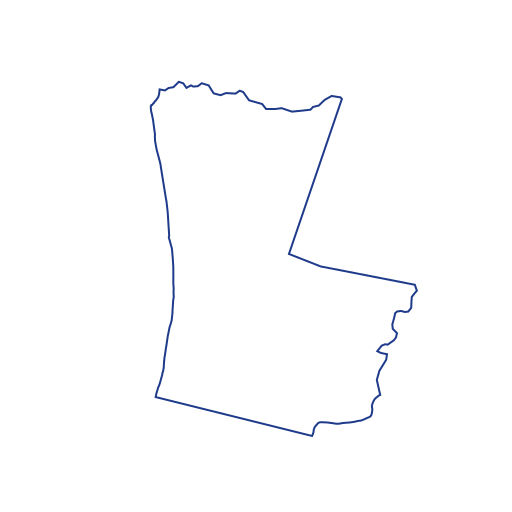 Libertad, San José, Uruguay (Robinson projection), rotated 71°
{"feature_id": "84410073B36458141806664", "entity_name": "Libertad", "entity_type": "district", "adm_level": 2, "iso_a3": "URY", "parent_name": "Uruguay", "parent_adm1": "San José", "projection": "robinson", "projection_center": [-56.645, -34.648], "detail": "fine", "context": "isolated", "style": "outline", "palette": "blue", "viewbox_px": 512, "rotation_deg": 71, "n_neighbors": 0, "source": "geoboundaries", "source_scale": "gbopen_adm2", "svg_char_len": 2781}
<svg xmlns="http://www.w3.org/2000/svg" viewBox="0 0 512 512"><g transform="rotate(71 256 256)"><path d="M427.8,183.8L412.5,182.1L404.7,176.7L396.5,166.7L391.5,164.1L388.4,169.4L385.5,172.3L381.7,166.4L381.5,162.6L382.7,160.3L381.5,156.4L380.6,153.1L378.5,150.1L374.8,147.8L369.4,150.4L365.1,149.4L360.2,146.0L355.3,142.9L354.4,140.6L355.2,136.7L357.4,133.5L358.1,130.1L355.5,126.1L349.3,123.7L345.4,122.0L343.0,118.3L341.2,115.2L334.9,115.2L286.9,198.3L264.8,224.2L135.5,123.7L133.5,124.5L129.3,132.4L130.8,140.4L134.2,147.7L133.6,153.5L135.4,156.9L133.5,165.4L131.2,175.0L124.6,183.6L123.3,189.8L120.3,198.6L114.3,200.7L106.5,211.9L96.8,214.7L94.4,217.6L95.8,222.4L92.2,231.3L92.4,237.2L88.4,243.1L79.3,245.2L75.0,251.1L76.5,255.7L75.4,260.1L73.5,262.0L74.4,267.0L69.0,268.6L66.2,272.3L69.5,279.1L68.7,283.9L69.8,288.2L67.1,292.9L69.9,294.2L71.1,294.8L71.6,295.0L72.2,295.5L72.7,295.8L73.3,296.2L73.9,296.8L74.4,297.2L74.7,297.8L75.5,298.9L76.5,300.2L76.9,301.5L77.5,302.0L78.0,302.6L78.2,303.4L79.0,304.5L79.4,305.1L79.2,305.7L79.6,306.1L79.9,306.4L80.1,306.7L80.4,306.8L80.6,306.8L81.0,307.0L81.4,307.1L82.1,307.4L85.5,308.1L87.5,308.2L88.8,308.4L94.0,309.1L108.4,312.0L110.0,312.7L114.4,314.0L122.9,315.3L134.1,316.1L136.6,316.3L137.4,316.4L138.4,316.5L139.5,316.7L140.0,316.8L140.5,316.9L140.9,317.0L156.4,319.7L172.0,322.4L174.6,322.8L174.9,322.8L175.7,323.0L179.0,323.7L183.5,324.7L186.5,325.4L190.5,326.5L195.5,327.9L208.6,331.5L209.0,331.7L209.1,331.8L209.6,332.2L210.6,332.5L212.3,332.5L221.5,333.1L224.6,333.8L227.3,334.5L231.6,335.6L234.5,336.4L238.9,337.6L249.6,341.2L254.0,342.8L259.8,344.4L263.6,345.8L268.4,347.3L270.9,348.7L280.2,352.6L282.8,353.6L289.6,356.8L292.7,359.0L295.5,361.1L298.6,362.9L303.2,365.6L312.3,370.3L313.6,371.1L314.5,371.5L315.6,372.1L316.5,372.5L323.8,376.4L324.4,376.4L324.9,376.8L325.7,377.3L326.5,377.5L329.2,378.7L331.4,379.5L332.6,380.2L333.2,380.6L333.9,380.8L334.6,381.4L335.2,381.7L335.9,382.4L337.3,383.1L338.0,383.5L339.9,384.8L341.3,385.8L342.2,386.4L343.1,387.0L344.4,387.9L346.3,389.3L347.8,390.6L348.1,391.0L348.5,391.3L354.1,395.3L356.7,396.8L444.4,261.6L442.8,260.1L442.5,259.9L441.1,258.9L439.3,258.1L437.9,257.1L436.6,255.8L435.4,253.7L434.3,251.9L434.0,250.1L434.2,249.3L434.4,248.3L435.1,246.7L436.0,244.3L436.9,242.2L438.0,240.0L439.3,237.4L440.4,235.4L441.2,233.5L441.7,231.6L442.1,228.7L442.7,226.2L443.3,224.0L443.9,221.7L444.5,218.6L444.9,216.3L445.0,214.7L445.2,212.9L445.7,210.9L445.8,209.0L445.6,206.6L445.5,205.3L445.3,203.3L445.2,201.3L444.9,200.1L444.2,199.0L442.6,197.8L440.6,196.7L439.4,196.2L438.6,195.8L437.1,195.6L435.4,195.2L433.6,194.0L432.5,193.1L431.1,191.7L430.3,190.8L429.7,189.8L429.0,188.3L428.6,187.1L428.0,185.5L427.8,184.4L427.8,183.8Z" fill="none" stroke="#1e3a8a" stroke-width="2"/></g></svg>